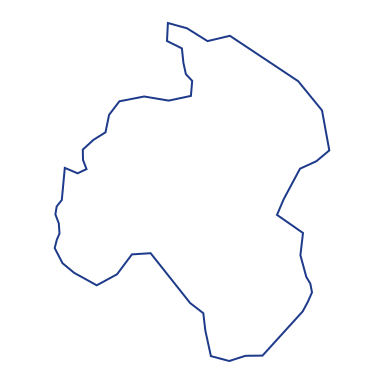 outline of Drochia
{"feature_id": "MDA-1619", "entity_name": "Drochia", "entity_type": "District", "adm_level": 1, "iso_a3": "MDA", "parent_name": "Moldova", "parent_adm1": "", "projection": "mercator", "projection_center": [27.875, 48.029], "detail": "fine", "context": "isolated", "style": "outline", "palette": "blue", "viewbox_px": 384, "rotation_deg": 0, "n_neighbors": 0, "source": "natural_earth", "source_scale": "10m", "svg_char_len": 771}
<svg xmlns="http://www.w3.org/2000/svg" viewBox="0 0 384 384"><path d="M302.7,311.4L262.5,355.6L245.4,355.8L229.2,361.0L210.9,356.1L205.3,330.4L203.3,313.2L190.2,303.1L150.6,253.2L131.9,254.4L117.0,274.3L96.7,285.3L74.1,272.8L62.5,263.2L54.7,248.1L56.8,239.8L59.5,233.5L58.8,223.4L55.4,214.4L56.7,206.4L61.8,200.0L64.8,167.9L77.6,173.3L86.5,169.1L83.0,159.9L82.8,149.6L93.5,139.8L105.5,132.3L109.1,114.8L119.4,101.3L144.1,96.5L168.7,100.6L190.9,95.9L192.2,80.9L185.9,74.2L183.4,62.8L181.9,48.4L167.0,41.0L167.9,23.0L187.0,28.3L207.5,41.1L229.9,35.8L298.2,81.2L322.0,110.4L329.3,150.4L316.4,161.2L300.0,168.7L283.7,199.2L277.0,214.9L303.0,233.0L300.4,255.2L306.3,276.9L310.3,283.6L312.0,292.4L307.9,301.7L302.7,311.4Z" fill="none" stroke="#1e3a8a" stroke-width="2"/></svg>